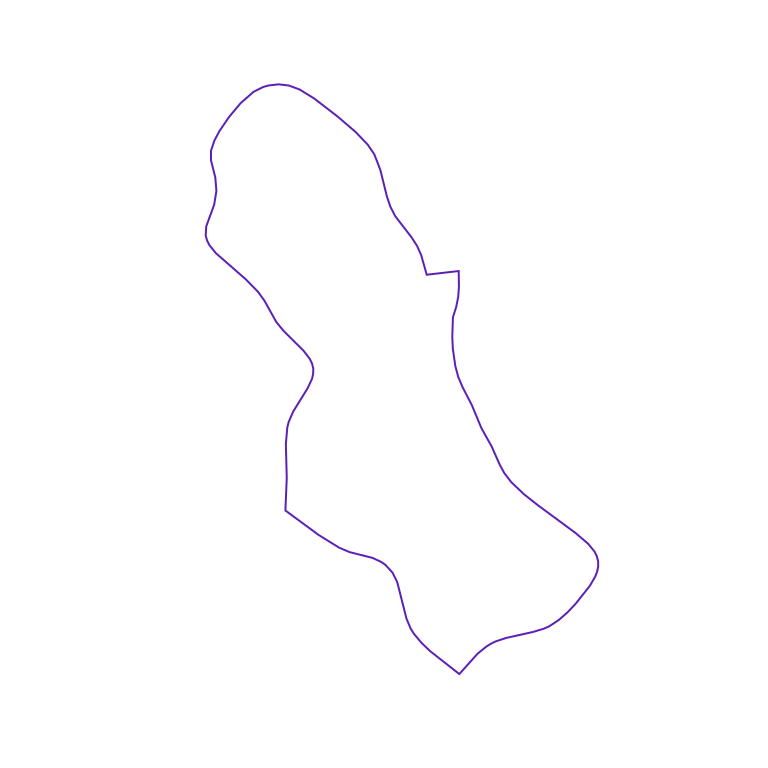 Cayetano Germosén, Espaillat, Dominican Republic, rotated 128°
{"feature_id": "3306468B9406738878397", "entity_name": "Cayetano Germosén", "entity_type": "district", "adm_level": 2, "iso_a3": "DOM", "parent_name": "Dominican Republic", "parent_adm1": "Espaillat", "projection": "mercator", "projection_center": [-70.472, 19.336], "detail": "fine", "context": "isolated", "style": "outline", "palette": "violet", "viewbox_px": 768, "rotation_deg": 128, "n_neighbors": 0, "source": "geoboundaries", "source_scale": "gbopen_adm2", "svg_char_len": 1410}
<svg xmlns="http://www.w3.org/2000/svg" viewBox="0 0 768 768"><g transform="rotate(128 384 384)"><path d="M544.4,383.8L543.2,342.5L540.6,318.7L537.7,307.7L528.1,286.0L525.9,276.5L525.7,271.4L527.4,261.2L531.9,251.7L555.0,221.9L560.4,212.3L562.4,206.7L564.9,195.1L566.1,183.1L566.2,146.1L538.8,144.2L528.3,141.8L523.2,140.0L518.2,137.6L509.0,131.5L487.5,113.8L478.4,107.4L473.4,104.7L462.4,101.0L450.8,98.8L439.2,97.7L416.4,97.5L405.7,99.0L400.7,100.5L396.0,102.8L391.8,106.2L388.6,110.4L386.4,115.0L384.2,125.1L383.5,141.4L384.8,188.2L384.7,205.9L383.0,223.2L380.2,234.2L376.2,243.4L366.9,260.8L358.8,280.1L346.6,301.7L338.0,320.4L332.7,329.9L325.9,338.9L314.0,351.3L305.2,358.9L289.1,370.7L278.7,374.6L269.4,379.3L261.0,385.0L249.0,394.7L271.6,417.6L259.6,434.0L254.9,442.8L251.4,452.8L244.9,478.3L240.4,488.1L234.4,497.2L217.4,518.9L208.9,533.2L205.4,544.2L202.9,561.5L201.8,585.2L202.0,614.7L203.9,631.9L207.4,642.8L212.8,651.6L220.0,658.9L224.2,662.0L234.1,666.7L251.1,669.9L268.7,670.5L285.9,669.4L296.7,667.5L306.6,664.0L314.2,658.1L325.1,644.1L335.1,634.9L347.3,628.2L369.3,621.1L376.8,615.9L379.8,611.8L382.0,607.3L384.4,597.2L386.6,557.4L388.9,540.1L391.9,529.7L401.5,506.9L404.0,495.7L407.3,468.0L409.9,457.9L412.2,453.3L415.4,449.2L419.6,446.1L424.2,443.9L434.2,441.6L461.6,438.6L472.7,435.7L477.7,433.5L491.7,424.4L517.9,402.8L544.4,383.8Z" fill="none" stroke="#5b21b6" stroke-width="2"/></g></svg>